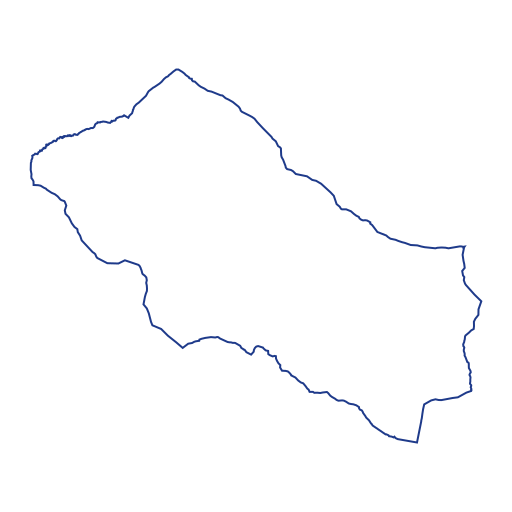 Sadova, Suceava, Romania (Natural Earth projection)
{"feature_id": "2599482B46935442887151", "entity_name": "Sadova", "entity_type": "district", "adm_level": 2, "iso_a3": "ROU", "parent_name": "Romania", "parent_adm1": "Suceava", "projection": "natural_earth1", "projection_center": [25.431, 47.58], "detail": "fine", "context": "isolated", "style": "outline", "palette": "blue", "viewbox_px": 512, "rotation_deg": 0, "n_neighbors": 0, "source": "geoboundaries", "source_scale": "gbopen_adm2", "svg_char_len": 5945}
<svg xmlns="http://www.w3.org/2000/svg" viewBox="0 0 512 512"><path d="M464.6,246.6L462.8,246.9L462.3,246.6L461.1,246.4L459.7,246.4L448.5,248.3L445.4,247.7L441.4,247.5L437.3,247.8L435.4,248.3L424.7,247.2L421.3,246.5L417.4,245.4L410.7,245.0L404.9,242.9L402.1,242.2L398.2,240.9L395.6,239.8L390.4,238.7L387.8,236.9L386.3,235.5L377.4,232.0L372.2,225.1L370.2,223.6L370.3,222.3L367.1,220.5L365.2,220.2L363.0,220.4L361.2,219.7L359.5,218.4L358.8,216.9L356.3,215.7L353.9,213.9L351.0,211.3L346.1,209.3L341.9,209.3L340.9,208.7L339.7,206.7L336.6,204.1L333.8,195.8L330.5,192.3L321.2,183.8L316.1,180.8L312.2,179.9L307.0,176.3L295.8,174.0L293.0,171.2L291.0,170.0L287.1,169.1L285.8,167.6L285.5,166.0L283.1,159.7L281.7,157.3L281.2,155.4L280.9,148.4L280.0,147.3L278.1,146.1L275.8,141.3L272.5,138.6L271.5,136.9L262.9,128.2L257.2,122.1L254.5,118.7L252.1,117.0L249.5,115.6L241.9,111.8L240.7,110.6L240.0,108.6L238.6,106.7L232.8,102.0L228.6,99.6L225.6,98.2L222.5,95.5L220.4,95.2L211.5,91.6L207.7,90.8L204.5,88.6L200.8,86.8L198.7,85.3L194.8,81.6L193.0,81.3L192.0,80.3L191.8,78.8L190.5,78.7L189.2,78.1L189.0,77.3L185.6,74.9L184.5,73.6L182.3,71.9L178.4,69.5L176.2,69.5L173.4,71.5L170.4,74.1L169.2,74.9L168.4,75.9L167.7,76.5L166.1,77.2L164.0,79.0L161.6,81.8L159.5,83.6L154.3,87.1L153.4,87.5L148.8,91.1L148.1,92.0L146.0,95.8L138.8,102.6L136.4,104.3L134.3,106.7L133.8,107.8L133.4,109.2L132.9,109.9L132.9,110.8L132.5,111.7L132.1,113.2L129.5,115.6L128.3,117.8L124.1,115.3L123.5,116.1L122.6,116.2L122.2,116.6L119.4,116.9L118.5,117.5L117.3,117.7L117.1,118.1L116.2,118.6L115.9,119.0L115.5,120.3L114.8,120.7L113.3,120.7L112.2,121.5L111.9,121.3L111.9,121.0L111.6,120.9L111.0,122.1L110.5,122.4L110.1,122.9L107.6,122.5L107.0,122.2L106.0,121.9L103.0,121.5L102.3,121.8L100.5,122.0L100.0,122.5L99.2,122.3L98.5,122.5L97.7,122.2L97.5,122.3L97.1,123.2L95.9,123.7L95.2,124.4L94.3,126.8L93.1,127.9L92.4,128.1L91.0,128.0L88.7,129.1L87.7,128.9L86.2,129.1L85.2,129.9L84.6,129.9L83.8,130.6L82.6,130.8L81.4,131.8L80.7,132.0L79.8,132.7L79.0,133.1L78.7,133.7L78.1,134.0L77.5,134.9L76.9,134.9L76.3,134.7L75.6,134.7L75.1,134.2L74.8,134.1L73.6,134.5L73.2,135.5L72.2,135.7L71.4,136.1L71.2,136.0L70.9,135.5L69.8,135.1L69.6,135.2L69.6,135.9L68.8,135.7L68.2,135.3L67.8,135.4L67.7,136.1L67.1,136.1L66.0,136.3L65.1,136.0L64.8,136.1L64.1,136.0L63.9,136.2L64.0,136.9L62.7,136.9L62.5,137.4L62.7,137.9L62.3,138.1L62.0,138.0L61.5,137.1L60.3,136.9L59.8,137.4L59.6,138.0L59.3,138.4L58.1,138.3L57.3,139.1L57.0,139.3L56.9,140.0L56.4,140.4L56.2,141.0L55.9,141.2L55.4,141.2L54.4,140.7L53.6,140.8L53.2,141.1L53.1,141.7L52.5,141.9L52.0,142.4L50.8,143.0L49.2,143.5L49.0,144.2L48.2,144.3L48.0,144.5L47.9,145.0L47.5,145.0L46.8,144.5L46.4,144.5L46.1,145.0L46.4,145.9L46.4,146.5L45.5,147.0L45.4,148.1L44.9,148.3L44.4,148.3L43.8,147.9L43.4,148.1L43.2,148.9L42.1,149.6L42.0,150.5L41.8,150.8L40.4,150.4L40.0,150.5L40.1,151.4L38.5,152.2L37.6,154.1L37.2,154.2L36.3,153.8L35.1,153.7L34.7,154.4L32.9,155.3L32.2,155.9L32.5,156.8L32.3,158.2L31.4,160.3L31.4,161.6L30.9,162.9L30.7,169.9L31.5,174.2L31.3,176.4L31.5,178.3L32.5,179.5L33.5,181.4L33.6,185.0L38.2,185.2L40.6,185.7L44.0,187.8L45.6,188.5L46.1,188.8L46.7,189.6L51.6,192.8L54.8,194.2L57.7,196.4L60.2,199.3L61.3,200.1L64.3,201.1L64.8,201.8L66.3,205.6L64.8,210.3L65.5,213.8L68.9,217.3L71.8,223.3L74.5,227.0L77.3,229.1L77.8,232.1L80.1,235.7L81.7,240.4L92.6,252.1L94.0,253.0L95.3,254.2L96.3,256.7L97.3,258.0L107.3,263.2L118.4,263.5L124.9,260.3L138.5,264.9L139.7,266.1L140.7,268.1L140.9,268.9L141.5,270.3L142.3,273.4L142.7,274.1L144.8,275.7L146.3,277.4L146.8,280.2L146.2,282.9L146.8,285.5L147.0,288.7L146.9,291.0L145.8,293.8L144.9,297.0L143.5,304.4L146.8,308.4L148.8,313.3L151.0,321.8L152.4,325.3L161.2,329.0L167.9,335.7L176.3,342.4L182.7,347.9L188.2,343.7L192.1,343.0L194.2,341.8L195.8,341.3L199.2,340.8L199.4,339.6L201.5,338.8L205.3,337.9L211.0,337.1L215.3,337.5L217.2,337.0L218.3,337.2L220.0,338.5L227.6,342.0L229.4,342.3L231.1,342.4L232.8,342.9L234.8,342.9L235.3,343.0L240.2,345.8L241.4,348.0L243.0,348.9L243.3,349.3L243.9,349.7L244.5,349.7L244.8,350.0L246.4,352.2L251.1,354.6L253.7,351.7L253.9,350.0L254.8,348.1L256.1,346.7L257.1,346.3L258.3,346.1L263.0,347.6L263.4,348.3L265.7,350.4L268.1,350.9L268.3,354.1L269.7,355.1L272.7,356.4L274.6,355.9L275.9,356.2L276.0,358.5L277.0,360.8L278.4,363.2L280.3,365.1L280.1,367.5L282.0,370.7L285.6,370.9L287.8,371.4L289.3,372.7L291.2,374.9L291.2,375.4L295.4,377.5L298.2,380.5L300.9,382.5L303.2,383.3L305.7,386.3L307.3,388.6L308.6,389.6L309.6,391.9L313.0,391.9L314.3,392.8L317.1,392.7L320.3,393.0L322.7,392.5L326.9,392.0L328.2,393.1L330.2,395.6L331.9,396.9L335.2,398.8L336.5,399.9L338.4,400.7L342.1,400.4L343.8,400.6L345.9,401.6L348.8,403.5L350.9,404.0L353.3,404.3L356.3,405.3L359.0,407.1L359.1,408.4L359.9,409.6L361.2,410.1L361.8,410.4L362.6,411.6L363.2,413.1L365.3,416.0L366.2,417.6L369.0,420.3L371.1,423.6L371.6,423.9L372.6,425.5L385.6,434.4L386.2,434.3L387.9,435.0L388.7,435.5L389.0,436.2L391.6,436.6L393.6,437.4L394.4,436.7L395.6,438.1L397.7,439.1L417.0,442.5L421.2,421.5L421.3,420.4L421.8,418.2L422.4,413.7L423.1,409.2L424.2,404.4L431.2,400.4L435.5,399.3L438.6,400.0L441.4,400.1L452.6,398.0L457.9,397.3L466.4,392.6L471.1,391.0L471.1,389.9L471.4,389.9L471.3,388.7L470.7,387.2L471.2,385.9L471.2,385.2L470.1,383.9L470.0,383.4L470.3,381.6L470.3,379.3L470.5,377.5L470.2,376.2L469.7,375.5L469.5,374.8L470.0,373.4L470.7,372.5L470.7,372.0L470.4,370.7L468.9,368.1L468.8,366.2L468.8,364.3L468.7,363.2L468.4,362.6L467.3,362.0L465.5,357.2L464.6,355.6L464.7,354.1L464.5,353.0L463.8,351.1L463.8,349.7L464.3,347.6L464.0,346.9L463.4,346.2L463.2,344.3L464.2,341.9L464.3,340.8L464.7,339.7L464.9,338.0L465.0,336.6L465.5,335.5L469.0,332.6L471.2,330.4L473.7,329.0L474.0,326.1L473.9,321.7L475.3,318.8L478.4,314.9L478.5,309.3L481.3,301.3L474.4,294.5L465.9,285.0L465.0,283.6L463.8,280.2L464.3,277.1L463.0,275.4L462.2,271.0L464.7,267.9L464.2,263.9L463.5,260.9L462.6,254.8L463.9,248.3L463.6,248.1L464.6,246.6Z" fill="none" stroke="#1e3a8a" stroke-width="2"/></svg>